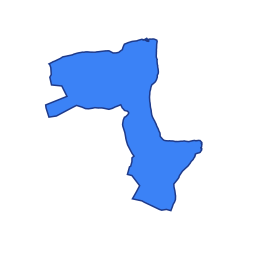 outline of Askira Uba, Borno, Nigeria, rotated 243°
{"feature_id": "59680162B18672795330723", "entity_name": "Askira Uba", "entity_type": "district", "adm_level": 2, "iso_a3": "NGA", "parent_name": "Nigeria", "parent_adm1": "Borno", "projection": "natural_earth1", "projection_center": [12.927, 10.69], "detail": "fine", "context": "isolated", "style": "filled", "palette": "blue", "viewbox_px": 256, "rotation_deg": 243, "n_neighbors": 0, "source": "geoboundaries", "source_scale": "gbopen_adm2", "svg_char_len": 3990}
<svg xmlns="http://www.w3.org/2000/svg" viewBox="0 0 256 256"><g transform="rotate(243 128 128)"><path d="M171.2,69.6L171.5,87.0L171.5,92.4L167.5,96.5L164.6,98.9L163.0,101.6L161.8,105.2L161.2,107.7L159.4,110.5L157.9,113.6L156.9,115.0L153.3,119.5L152.6,123.1L152.6,126.1L152.3,128.5L152.0,132.1L151.9,132.1L148.5,132.0L146.7,132.6L145.3,132.8L143.3,135.1L141.6,135.6L141.0,135.4L140.6,134.9L139.9,133.7L139.1,131.0L139.2,129.7L137.2,127.4L133.7,124.8L131.9,124.2L125.3,123.1L122.0,122.1L119.2,121.2L117.0,120.7L113.2,120.0L111.2,120.0L109.9,120.0L103.6,120.1L100.2,120.6L99.6,118.0L96.2,116.2L92.7,113.0L92.7,111.7L86.9,106.4L83.9,109.9L71.3,112.2L67.1,106.2L62.9,99.8L56.7,107.4L54.5,108.8L44.1,116.8L41.1,119.1L39.5,120.7L38.0,125.3L34.9,128.7L37.6,131.7L39.6,133.7L40.8,135.7L42.6,137.7L46.0,139.6L46.5,139.7L50.7,141.2L54.6,142.2L57.3,143.4L59.8,149.0L60.8,150.9L61.6,151.5L62.3,152.4L64.4,156.1L64.9,157.1L65.9,160.5L66.2,161.6L66.8,163.9L67.2,164.9L67.8,166.0L68.4,167.4L68.9,168.1L69.6,169.3L70.1,170.9L70.5,171.9L71.2,172.8L71.7,173.8L72.1,174.6L72.6,174.6L73.2,175.6L74.1,176.0L74.1,176.8L74.2,177.4L74.1,177.9L73.9,179.0L73.6,180.2L73.6,181.3L74.1,182.0L74.2,182.3L74.5,182.8L74.8,183.0L74.8,183.4L74.9,183.5L75.1,183.7L75.4,183.7L75.6,183.7L75.7,183.8L75.8,184.0L76.0,184.2L76.0,184.3L76.4,184.4L76.5,184.4L76.7,184.2L76.9,184.0L76.9,183.9L77.0,183.9L77.3,183.9L77.5,184.1L77.6,184.6L77.7,184.8L78.1,185.2L78.8,185.6L80.3,186.7L80.5,186.6L80.4,186.3L80.7,186.2L81.1,186.5L81.6,187.2L84.1,186.5L85.1,184.9L85.4,183.5L85.7,183.2L86.1,182.2L86.7,181.7L87.2,180.3L87.6,178.7L87.9,177.5L88.1,176.5L88.4,175.7L89.1,174.7L89.5,174.1L90.2,173.1L90.9,172.3L91.6,170.2L92.1,169.4L92.5,168.3L92.8,167.5L93.2,166.5L94.2,164.6L94.6,163.8L95.6,162.7L96.3,161.7L97.0,160.3L97.9,159.0L98.1,158.2L98.8,157.1L99.3,156.3L100.0,155.3L100.7,154.5L101.9,153.9L102.6,153.7L105.8,152.9L106.7,153.2L107.7,153.7L108.6,154.0L109.1,154.2L111.4,154.2L113.5,154.5L114.6,154.5L115.8,154.5L116.9,154.5L118.6,154.8L120.2,154.8L122.7,154.9L123.2,154.8L126.4,154.8L128.8,155.1L131.3,155.9L133.4,156.7L134.5,157.0L135.5,157.2L137.3,157.8L139.2,158.6L140.6,159.1L141.7,159.4L145.4,161.0L146.8,161.8L148.0,162.6L148.3,162.8L148.7,163.0L150.3,163.9L151.0,164.5L152.1,165.6L152.5,165.8L154.2,167.2L154.7,167.7L154.9,168.0L155.8,169.0L156.0,170.6L156.8,173.4L158.2,175.4L160.0,177.2L161.8,178.1L162.7,179.5L164.1,180.5L166.9,181.6L168.1,181.9L169.5,182.4L169.9,182.7L171.3,183.0L171.6,183.1L173.4,183.8L175.2,184.6L175.7,185.1L176.6,185.1L178.3,185.4L179.4,185.9L181.7,187.2L182.0,187.4L182.4,187.5L183.3,188.1L185.0,188.9L186.2,189.7L187.1,190.2L189.5,191.5L192.0,193.3L193.2,193.5L195.1,191.9L196.0,190.7L196.3,189.7L196.9,188.6L197.5,187.4L197.6,186.6L196.2,186.0L195.9,185.8L195.9,185.6L196.3,185.0L196.6,184.4L196.8,184.4L197.4,184.1L197.6,184.2L197.6,184.3L197.7,184.8L197.6,185.4L198.2,185.6L199.4,185.4L199.3,183.5L199.1,183.5L198.8,183.4L198.5,183.4L198.4,183.3L198.6,183.2L198.9,183.1L199.0,182.8L199.1,182.4L199.4,182.5L199.7,181.8L199.6,181.4L200.0,181.1L200.7,180.8L201.2,178.3L201.5,176.8L201.6,175.5L203.1,171.5L203.4,170.4L203.5,169.7L204.0,166.8L204.2,164.0L204.3,163.4L204.3,162.8L203.3,161.5L201.3,159.3L200.4,158.6L200.1,156.5L199.7,154.7L199.6,154.1L200.3,151.5L201.6,148.8L205.4,146.1L206.0,144.9L206.7,143.4L206.9,143.0L207.3,141.9L208.2,139.5L209.7,135.4L209.8,135.2L210.0,134.8L210.4,133.2L211.4,131.3L212.1,130.0L212.4,129.4L212.5,129.2L213.0,128.4L213.2,128.1L213.9,127.0L214.6,125.7L215.2,124.4L215.5,123.0L216.0,122.4L216.3,121.7L216.7,120.2L217.2,118.7L217.7,116.9L218.0,115.3L218.4,113.2L218.4,111.8L218.8,110.2L218.9,109.7L219.1,109.1L219.4,108.0L219.6,107.3L220.3,104.6L221.0,102.2L220.7,99.3L220.7,98.7L220.8,95.6L220.8,94.4L220.9,92.5L221.1,91.3L221.0,90.5L221.0,89.2L221.0,88.4L221.0,86.7L219.7,87.1L219.4,87.0L216.8,86.6L210.5,83.9L208.7,81.4L201.1,79.4L195.5,88.1L183.9,88.0L185.9,65.1L183.1,64.1L173.6,62.5L171.2,69.6Z" fill="#3b82f6" stroke="#1e3a8a" stroke-width="1.5"/></g></svg>